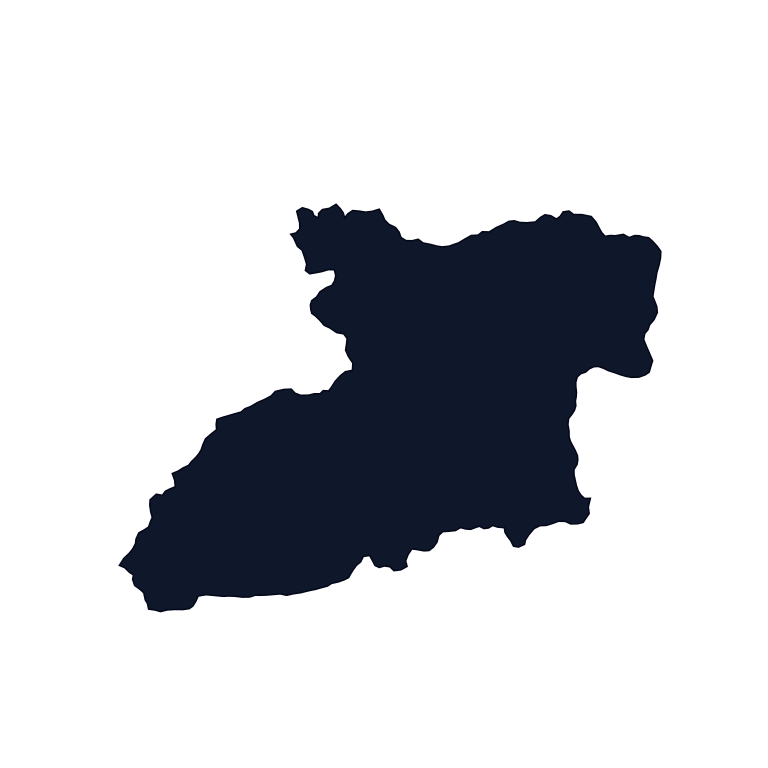 Manhuaçu, Minas Gerais, Brazil, rotated 256°
{"feature_id": "56859067B51161796395181", "entity_name": "Manhuaçu", "entity_type": "district", "adm_level": 2, "iso_a3": "BRA", "parent_name": "Brazil", "parent_adm1": "Minas Gerais", "projection": "albers", "projection_center": [-42.103, -20.184], "detail": "fine", "context": "isolated", "style": "filled", "palette": "ink", "viewbox_px": 768, "rotation_deg": 256, "n_neighbors": 0, "source": "geoboundaries", "source_scale": "gbopen_adm2", "svg_char_len": 4098}
<svg xmlns="http://www.w3.org/2000/svg" viewBox="0 0 768 768"><g transform="rotate(256 384 384)"><path d="M201.5,538.1L201.5,543.8L205.0,547.6L208.6,551.7L215.2,552.5L223.2,556.6L224.4,551.0L228.4,548.3L233.0,546.6L239.0,546.1L245.4,546.3L249.7,546.4L255.0,547.6L259.3,551.9L263.5,553.7L267.9,554.4L273.7,553.4L279.2,552.0L283.3,551.0L287.9,550.8L293.8,552.2L300.3,552.7L305.9,554.8L308.7,558.5L312.3,562.4L316.5,564.9L321.2,565.6L325.1,567.4L329.6,568.8L334.9,569.5L339.2,570.5L344.1,573.2L346.4,577.5L346.8,582.6L349.1,587.0L350.0,591.8L349.1,596.3L346.1,600.9L342.7,604.9L339.3,610.4L335.7,615.8L332.9,620.6L330.6,625.7L329.0,632.9L329.6,639.4L331.3,644.2L335.7,646.7L341.6,650.3L348.4,649.2L356.2,647.9L364.3,646.7L369.9,649.2L372.8,653.3L377.0,655.9L381.1,661.6L387.2,666.5L393.0,667.4L397.5,666.9L403.9,666.0L410.5,668.8L415.8,671.1L420.4,673.3L426.1,675.7L432.9,679.7L439.4,682.8L445.7,684.7L451.8,682.3L457.6,679.1L461.9,676.2L463.9,671.3L466.1,667.6L467.4,663.2L466.8,657.3L471.3,652.5L471.9,644.3L473.4,639.4L473.8,634.3L478.2,631.9L483.7,630.4L489.6,629.0L496.4,625.6L500.5,617.0L502.6,609.0L507.1,605.4L507.7,599.5L504.0,595.4L502.4,591.2L506.9,586.6L509.3,581.2L507.8,576.1L504.6,570.1L505.9,561.7L507.9,554.9L510.9,549.8L511.6,544.4L510.0,538.6L508.8,531.3L506.1,522.8L508.0,516.2L505.7,511.3L507.0,504.5L505.1,497.6L502.9,490.4L502.5,485.2L502.0,480.6L502.9,473.8L505.0,468.7L508.2,462.9L511.4,456.0L516.2,452.2L516.2,446.0L517.8,440.1L522.1,435.9L527.8,435.4L533.0,433.1L537.7,427.5L542.9,424.4L548.0,423.6L554.8,421.7L554.4,414.6L555.2,407.8L557.7,401.9L559.9,395.6L558.0,390.2L554.8,386.0L559.9,385.9L564.7,384.0L570.0,381.0L567.7,373.5L568.2,366.4L565.4,361.8L561.1,360.5L564.3,356.7L568.6,356.2L571.6,353.0L574.8,347.4L572.8,341.1L565.6,341.1L560.6,341.1L554.9,339.8L551.9,335.2L551.9,329.7L547.8,331.6L542.8,332.5L538.5,333.3L533.7,336.9L525.9,337.6L518.9,337.9L513.2,335.2L508.9,338.6L508.5,343.8L508.1,350.5L508.4,357.6L506.9,363.4L500.9,363.4L496.1,361.0L492.3,357.3L491.5,351.5L489.0,344.2L484.7,339.6L482.4,334.0L478.6,331.7L474.2,331.0L470.0,331.0L466.2,334.2L461.1,337.3L455.4,340.1L451.6,344.9L445.3,350.5L442.4,357.0L437.1,359.2L431.9,357.3L426.1,354.9L419.2,356.1L411.8,358.8L404.9,356.6L405.3,349.5L402.6,343.6L398.3,337.1L394.2,332.9L390.7,328.6L392.3,323.4L390.0,319.5L391.4,313.9L391.4,308.3L393.2,300.4L396.7,295.4L401.5,292.8L403.0,285.3L403.1,276.7L399.7,271.5L397.9,264.2L396.7,256.9L394.4,249.1L393.7,243.1L391.4,238.7L391.2,231.9L390.9,224.8L390.7,219.2L390.2,213.3L385.5,211.4L380.2,210.5L377.9,205.3L374.0,197.5L368.7,193.4L364.4,190.7L361.2,187.5L358.5,183.9L355.4,178.6L352.3,174.6L351.3,169.0L349.3,163.1L348.4,156.9L341.3,157.6L334.8,156.6L334.0,151.0L332.9,145.9L329.6,142.0L332.2,136.4L328.2,129.0L323.0,127.4L316.1,126.7L310.7,126.9L306.9,124.0L302.2,121.0L300.5,116.2L298.9,110.1L293.6,105.9L289.2,104.2L284.8,100.3L281.3,95.7L277.8,89.4L272.0,83.3L268.5,88.0L263.0,91.3L259.3,94.7L255.3,92.8L248.8,93.3L244.0,97.4L239.5,100.4L232.2,100.1L228.2,101.4L222.5,101.1L220.0,107.3L217.2,112.1L217.2,118.9L215.9,126.2L213.8,134.2L213.1,140.6L214.7,144.7L218.4,148.6L223.2,152.4L222.6,160.3L220.5,166.4L218.5,172.0L216.8,176.9L215.9,181.8L214.3,187.4L211.5,194.9L209.8,202.2L210.2,207.8L208.9,212.9L207.6,219.1L206.7,224.6L205.4,232.6L202.5,238.4L202.4,244.9L201.6,252.7L201.6,260.6L201.3,268.0L201.5,273.8L201.6,280.4L203.2,284.8L203.0,291.6L203.6,297.9L204.7,302.8L207.8,305.7L211.0,309.0L214.8,313.5L217.0,318.3L221.7,322.2L221.0,328.6L215.3,330.1L210.1,331.3L207.1,335.0L207.3,340.4L205.2,345.5L200.4,348.5L199.6,355.5L201.4,362.3L207.1,362.2L212.8,366.2L217.2,371.2L215.3,376.1L212.4,382.5L211.5,387.5L213.7,392.5L217.9,397.3L223.8,400.5L226.5,405.3L225.4,411.6L224.5,417.8L226.1,423.6L223.6,428.1L222.0,432.8L222.5,437.3L222.9,442.1L219.5,446.0L219.0,450.5L220.4,455.3L217.7,459.5L215.4,466.0L210.8,465.5L206.5,466.8L201.5,469.0L195.3,470.4L193.2,475.0L194.4,481.6L198.5,483.6L202.6,488.0L207.4,494.7L208.8,501.1L207.5,507.2L207.9,514.0L208.6,520.1L206.8,526.7L203.1,531.2L201.5,538.1Z" fill="#0f172a" stroke="#020617" stroke-width="1.5"/></g></svg>